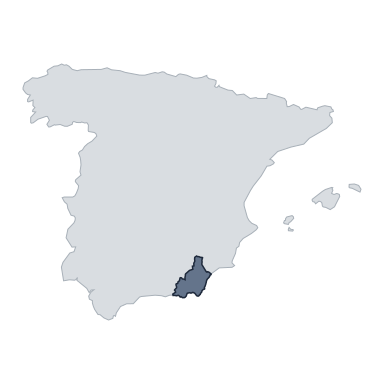 location of Almería within Spain
{"feature_id": "ESP-5804", "entity_name": "Almería", "entity_type": "Autonomous Community", "adm_level": 1, "iso_a3": "ESP", "parent_name": "Spain", "parent_adm1": "", "projection": "equal_earth", "projection_center": [-2.331, 37.298], "detail": "fine", "context": "in_parent", "style": "filled", "palette": "slate", "viewbox_px": 384, "rotation_deg": 0, "n_neighbors": 0, "source": "natural_earth", "source_scale": "10m", "svg_char_len": 5606}
<svg xmlns="http://www.w3.org/2000/svg" viewBox="0 0 384 384"><path d="M206.8,75.4L206.8,76.5L208.8,78.6L214.7,79.9L216.2,80.8L215.9,83.7L214.5,86.2L215.8,87.3L217.2,87.3L219.0,85.3L219.3,86.6L222.1,87.8L228.0,90.1L232.3,90.5L236.7,95.0L243.8,94.1L250.2,98.5L256.2,97.6L257.5,98.4L266.8,98.5L267.3,94.9L268.4,93.5L284.6,98.5L286.6,101.6L286.3,103.1L287.2,106.7L289.3,106.5L293.5,104.5L299.1,107.0L300.6,109.2L301.7,109.4L305.9,107.2L317.1,109.8L317.5,108.1L318.3,107.6L322.9,106.1L324.9,105.7L330.9,106.9L331.7,108.9L332.9,109.7L333.4,111.5L329.9,112.5L329.6,115.6L331.9,118.2L332.3,122.7L326.4,128.4L309.3,138.3L303.8,144.1L290.9,147.1L277.7,151.5L269.8,159.3L271.9,160.0L274.3,162.6L273.5,163.8L270.1,165.7L266.9,166.2L261.2,175.9L253.3,186.0L250.4,190.6L244.1,202.4L244.1,205.8L247.4,217.6L249.2,220.7L251.8,223.3L256.6,225.5L257.8,227.7L256.2,229.8L251.4,233.5L243.1,238.5L239.6,242.5L238.9,246.3L236.4,248.1L235.5,253.4L232.2,260.9L232.0,262.9L234.6,265.6L232.1,267.3L219.2,267.9L211.2,273.8L207.2,279.0L203.6,288.7L199.2,294.5L197.2,295.5L194.2,293.0L190.4,292.6L186.7,293.5L184.8,295.5L181.8,296.6L178.9,295.6L172.5,295.1L169.7,295.2L165.3,296.8L161.5,295.7L155.1,295.2L141.3,296.5L139.5,297.1L133.3,303.7L126.6,303.8L120.5,306.5L116.3,312.9L115.5,316.3L114.3,315.5L113.4,315.8L112.8,318.4L108.6,320.0L103.9,317.9L100.1,314.7L98.0,314.5L94.7,309.5L93.4,306.4L92.4,303.0L92.4,300.6L89.4,299.2L88.7,296.1L91.0,292.1L93.9,289.8L91.2,290.0L89.2,292.6L86.8,288.4L76.9,280.3L77.5,277.5L75.8,279.6L74.6,280.2L69.5,279.8L63.6,280.8L61.4,267.1L63.0,262.3L69.8,253.0L74.0,251.7L75.7,246.9L72.0,247.1L66.1,237.8L67.9,229.2L74.0,222.8L75.1,220.2L75.3,217.8L74.2,216.1L71.0,215.2L67.8,208.4L67.1,204.2L64.4,201.8L62.2,197.7L64.3,197.0L72.8,197.0L74.8,195.9L76.4,193.1L78.2,188.5L78.6,185.7L75.4,181.7L75.3,180.9L75.8,179.6L81.0,175.1L80.0,171.8L81.0,164.9L80.7,160.8L80.2,157.5L78.5,153.2L79.7,151.5L82.4,150.0L84.6,146.5L87.8,143.6L91.9,141.2L96.8,136.1L96.0,133.8L94.4,132.5L88.6,131.5L88.2,130.5L88.4,125.0L86.9,122.7L84.8,123.0L81.6,122.0L80.8,122.6L76.7,122.5L73.8,121.5L72.6,122.3L72.2,124.3L67.3,126.3L64.6,126.2L60.2,124.5L55.1,125.1L54.5,124.7L50.1,126.9L48.7,127.0L46.9,124.3L49.4,120.3L47.5,116.5L46.1,116.4L38.0,119.2L33.2,122.8L31.4,123.2L30.7,122.6L30.7,117.4L35.7,112.0L32.6,111.6L32.8,110.0L34.9,107.5L32.9,105.6L33.1,100.1L28.7,101.9L27.6,101.6L27.6,99.4L30.4,95.0L27.6,94.5L25.6,92.9L23.0,89.3L23.1,87.4L24.7,82.9L28.5,80.8L32.4,77.8L37.5,78.3L45.2,75.8L47.9,74.4L47.8,72.5L47.0,71.2L47.8,69.9L54.1,66.2L57.9,65.8L61.7,64.0L64.2,65.2L66.5,64.8L69.0,66.2L72.3,69.4L77.2,70.7L81.2,69.7L101.3,69.4L107.1,67.8L111.5,69.8L120.1,70.7L125.3,72.4L139.6,75.1L144.7,75.2L155.2,72.5L158.0,73.2L162.2,71.8L164.2,72.1L166.8,74.0L175.9,76.6L178.4,74.4L180.1,73.9L186.7,75.2L193.4,78.0L196.8,78.2L201.9,77.4L206.8,75.4ZM331.6,193.4L334.0,194.5L336.6,193.5L337.9,193.8L339.3,194.4L339.7,196.5L334.5,206.8L330.2,209.6L325.8,207.4L323.2,206.9L322.4,206.0L321.8,202.7L320.6,201.6L318.9,201.2L315.6,203.8L314.5,202.0L312.9,201.7L312.2,200.6L312.2,199.3L322.5,191.3L325.4,189.5L331.8,187.4L332.8,187.7L332.0,189.0L332.9,190.1L331.6,193.4ZM361.0,189.2L360.0,192.1L352.2,188.3L349.6,187.8L349.0,187.2L349.2,184.4L354.4,184.0L358.6,185.4L361.0,189.2ZM289.2,222.4L288.4,224.4L284.5,223.7L283.6,222.9L284.4,220.6L285.5,220.3L285.6,218.6L286.7,217.0L292.1,215.6L293.4,216.8L293.7,218.4L290.5,221.9L289.2,222.4ZM293.2,230.6L292.6,231.1L288.4,230.7L288.3,229.3L289.1,227.4L290.7,229.3L293.1,229.6L293.2,230.6Z" fill="#d9dde1" stroke="#a8b0b8" stroke-width="1"/><path d="M211.2,274.0L211.1,274.4L210.9,274.7L210.4,274.6L210.2,274.9L210.0,275.5L209.7,276.2L209.0,277.4L207.5,278.9L206.8,279.9L206.4,281.3L206.2,282.5L205.9,283.4L205.7,284.3L205.0,286.4L204.4,287.3L204.4,287.7L204.5,288.0L204.6,288.3L204.6,288.6L204.6,288.9L204.5,289.1L204.3,289.2L203.7,289.2L203.5,289.3L203.2,289.6L202.3,290.3L202.0,290.7L201.7,292.1L201.4,292.5L201.0,292.9L200.6,293.3L200.5,293.6L200.3,294.2L200.2,294.5L199.7,294.8L199.4,294.9L199.2,295.5L198.8,295.8L198.3,296.1L197.8,296.1L196.8,295.8L196.1,295.0L195.5,294.1L194.8,293.3L193.9,292.7L193.3,292.5L192.7,292.4L192.3,292.5L191.4,293.0L190.9,293.1L190.7,293.1L190.0,292.7L189.7,292.7L187.6,293.1L187.2,293.3L186.7,294.6L186.2,296.1L185.5,296.8L185.4,296.9L185.1,297.3L184.5,297.6L183.6,297.7L183.1,297.5L182.6,297.7L181.9,297.3L181.4,296.8L181.0,296.6L180.7,296.7L180.5,297.0L180.3,297.1L180.0,296.9L179.3,295.9L178.6,295.4L178.1,295.3L176.7,295.8L174.4,295.4L173.1,295.5L172.8,294.1L175.6,292.2L175.3,291.0L175.0,290.7L174.7,290.5L174.5,290.2L174.6,289.8L176.5,287.9L176.6,287.4L176.6,286.9L176.2,285.7L176.0,284.6L176.1,284.0L176.5,283.7L177.4,283.6L177.6,283.5L177.8,283.1L178.0,282.0L178.2,281.6L178.5,281.4L179.1,281.1L179.4,280.8L180.0,278.1L180.1,277.9L180.3,277.7L180.6,277.7L181.4,277.8L181.7,278.0L182.3,278.9L182.6,279.0L183.8,279.1L185.1,279.7L185.0,277.3L185.0,277.1L185.2,276.6L185.3,276.3L185.4,274.4L185.6,273.9L189.5,270.4L192.8,269.3L192.4,266.2L193.9,265.9L193.8,263.3L194.0,262.8L194.6,261.7L194.8,261.1L194.6,259.2L194.7,257.7L194.8,257.4L195.0,257.1L196.6,256.0L197.6,256.6L198.8,256.6L199.1,256.7L200.0,257.2L202.4,257.5L202.6,257.7L202.6,257.9L202.3,258.3L202.2,258.5L202.1,258.8L202.1,259.4L202.1,259.6L201.9,260.1L201.9,260.3L202.0,261.5L202.1,261.8L202.1,262.1L202.0,262.5L201.9,262.9L201.9,263.1L201.9,263.6L201.8,263.9L201.9,264.5L202.0,264.8L202.1,265.0L202.3,265.3L206.1,271.5L206.4,271.8L206.6,272.0L206.8,272.1L207.0,272.1L207.1,271.8L207.2,271.7L207.3,271.7L208.6,272.0L208.8,272.1L211.2,274.0Z" fill="#64748b" stroke="#1e293b" stroke-width="1.5"/></svg>